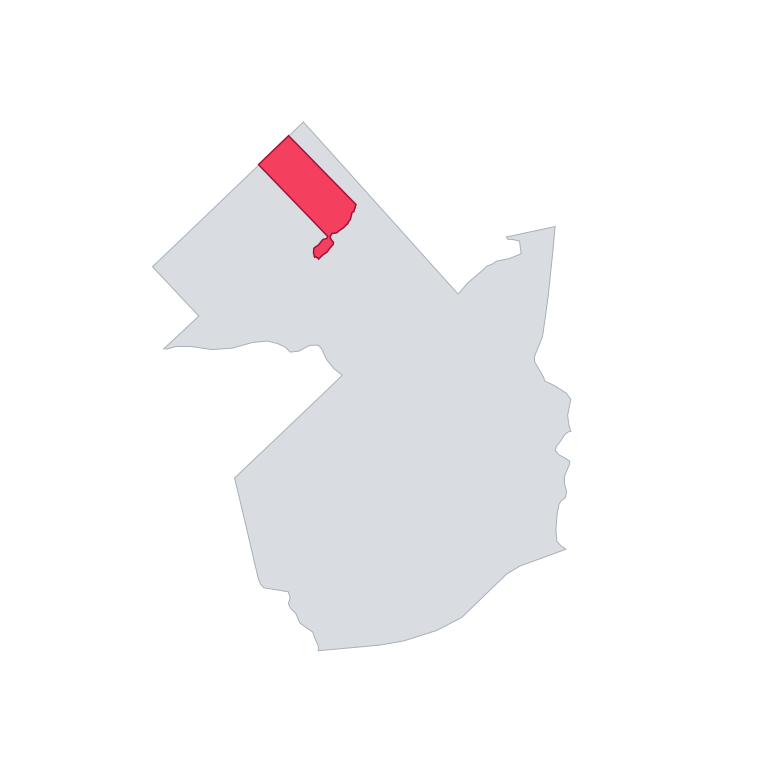 Flores, Petén, Guatemala shown in context, rotated 316°
{"feature_id": "79465075B29101343458737", "entity_name": "Flores", "entity_type": "district", "adm_level": 2, "iso_a3": "GTM", "parent_name": "Guatemala", "parent_adm1": "Petén", "projection": "orthographic", "projection_center": [-89.621, 17.359], "detail": "fine", "context": "in_parent", "style": "filled", "palette": "rose", "viewbox_px": 768, "rotation_deg": 316, "n_neighbors": 0, "source": "geoboundaries", "source_scale": "gbopen_adm2", "svg_char_len": 4157}
<svg xmlns="http://www.w3.org/2000/svg" viewBox="0 0 768 768"><g transform="rotate(316 384 384)"><path d="M151.5,530.2L154.6,527.2L157.2,520.1L160.4,512.8L158.6,504.4L157.5,497.5L161.2,487.6L161.0,480.1L162.7,475.5L168.0,472.6L170.8,467.0L156.0,447.1L156.1,442.6L158.1,437.2L170.5,416.3L185.3,391.6L201.5,364.3L211.2,347.8L246.1,348.1L269.2,348.3L298.6,348.5L330.5,348.7L351.4,348.8L360.1,348.6L358.6,337.9L359.8,326.0L363.7,315.2L363.7,310.4L357.5,304.6L345.4,301.1L338.7,295.9L338.7,289.4L335.8,281.5L330.0,272.1L318.0,262.6L299.7,252.8L284.1,239.6L271.4,223.2L260.5,212.6L252.2,208.1L250.2,205.7L274.8,206.2L298.0,206.5L298.3,183.1L298.6,162.3L298.9,138.8L340.9,139.1L391.1,139.3L443.1,139.5L484.0,139.5L508.0,139.5L507.0,168.6L505.8,202.4L504.9,227.2L503.7,260.3L502.5,294.2L500.8,340.4L499.8,370.2L500.3,370.9L514.1,369.4L534.5,370.7L539.5,370.6L545.7,373.1L550.5,373.9L560.9,380.6L573.1,385.6L580.8,375.3L576.7,369.1L573.6,366.0L574.1,363.2L616.5,389.6L611.6,393.7L600.8,403.2L581.4,419.5L564.0,434.1L547.2,447.4L532.0,459.2L530.2,460.4L511.0,468.9L507.7,472.8L503.6,489.6L501.7,493.7L505.3,503.0L508.8,517.3L507.7,524.8L494.3,534.1L488.2,542.4L485.5,547.8L483.1,546.4L479.0,546.0L469.4,548.0L464.8,548.5L461.0,550.9L460.6,556.1L463.1,564.4L464.0,568.7L461.4,570.7L449.6,575.8L444.9,580.7L440.5,588.5L435.3,591.7L429.9,591.1L426.1,592.2L417.9,598.0L405.6,609.1L399.0,617.4L398.9,623.7L400.1,629.2L355.4,609.4L340.5,605.9L277.6,605.9L250.7,597.9L220.1,582.7L199.5,568.8L151.5,530.2Z" fill="#d9dde1" stroke="#a8b0b8" stroke-width="1"/><path d="M488.5,235.5L488.6,235.3L488.5,232.2L488.5,231.8L488.5,229.2L488.5,226.3L488.4,222.9L488.4,216.6L488.4,214.7L488.4,208.3L488.3,208.1L488.3,206.8L488.3,205.1L488.3,199.9L488.2,199.5L488.3,199.4L488.2,198.2L488.2,191.6L488.2,187.3L488.1,180.7L488.1,180.4L488.2,179.1L488.1,178.9L488.1,171.3L488.0,155.2L488.0,151.2L487.9,145.6L487.9,143.0L487.8,141.1L487.9,139.1L446.2,139.0L446.1,141.3L446.1,148.3L446.2,148.9L446.1,155.2L446.1,171.3L446.1,187.4L446.1,203.5L446.1,219.7L446.0,235.8L446.1,237.2L446.1,237.8L446.1,238.1L445.8,238.5L445.5,238.8L445.2,239.0L444.8,239.3L444.4,239.4L444.0,239.4L443.4,239.3L442.3,238.7L441.8,238.4L441.5,238.2L440.6,237.7L439.6,237.6L438.4,237.8L437.9,237.9L436.6,238.0L436.4,238.1L436.1,238.2L435.8,238.2L435.5,238.3L434.7,238.3L433.6,238.4L432.7,238.4L431.2,238.0L430.2,237.9L429.4,237.7L428.6,237.6L428.1,237.7L427.8,237.8L427.3,238.0L426.7,238.6L425.7,239.5L425.4,239.8L424.3,240.9L424.2,241.1L424.0,241.3L423.8,241.7L423.7,241.9L423.6,242.1L423.3,242.6L423.0,243.1L422.5,243.8L422.2,244.5L422.4,244.6L422.7,244.7L423.5,245.0L423.2,245.6L423.2,246.1L423.4,246.3L423.7,246.6L424.1,246.8L424.1,247.1L423.9,247.9L423.7,248.7L426.3,248.7L428.5,248.7L429.3,248.7L430.3,248.7L430.8,248.9L431.0,248.8L432.1,249.0L432.4,249.0L433.4,249.4L434.1,249.5L435.3,249.4L435.7,249.3L437.2,249.1L437.3,249.0L438.2,248.9L438.9,248.8L439.5,248.7L440.0,248.6L440.8,248.6L441.1,248.7L441.6,248.6L441.8,248.5L442.1,248.5L443.1,248.4L443.6,248.3L444.2,248.4L444.4,248.3L444.6,248.2L445.6,247.4L446.1,246.9L446.4,243.4L446.8,241.8L446.9,241.4L447.0,241.3L447.0,241.1L447.6,240.7L447.8,240.4L448.1,240.0L448.9,240.3L449.6,240.1L449.8,240.0L450.5,239.8L450.7,239.7L451.1,239.6L451.4,239.7L452.4,240.6L452.6,240.7L452.7,240.8L452.9,240.9L453.2,241.1L453.3,241.1L454.0,241.9L454.4,242.1L454.7,242.2L455.1,242.3L456.6,242.6L456.9,242.5L457.6,242.6L458.0,242.6L458.5,242.6L460.2,243.0L460.4,243.0L461.5,243.1L463.4,243.5L464.0,243.4L464.7,243.5L465.7,243.4L466.6,243.5L466.6,243.4L466.9,243.4L467.6,243.2L468.2,243.3L468.4,243.4L469.0,243.6L469.3,243.6L469.6,243.5L469.8,243.4L470.4,242.8L471.3,242.8L472.3,242.5L472.9,242.4L473.7,242.4L474.4,242.2L475.1,241.6L475.5,241.4L475.8,241.2L476.1,241.0L476.9,240.5L477.1,240.5L477.3,240.2L477.7,240.0L478.6,239.5L478.7,239.3L478.8,239.3L479.6,238.7L480.1,238.6L480.9,238.6L481.4,238.9L481.9,239.0L482.5,238.8L482.6,238.7L482.8,238.7L483.1,238.4L483.7,238.0L484.6,237.6L484.9,237.5L485.1,237.3L485.4,237.3L485.4,237.1L485.6,237.1L486.1,236.8L486.8,236.4L487.3,236.1L487.8,235.8L488.2,235.7L488.5,235.5Z" fill="#f43f5e" stroke="#9f1239" stroke-width="1.5"/></g></svg>